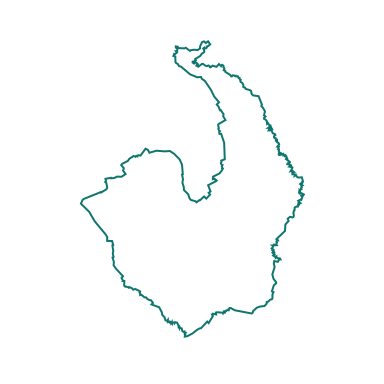 Wang Sai Phun, Phichit, Thailand (orthographic projection), rotated 61°
{"feature_id": "78962969B2905707745355", "entity_name": "Wang Sai Phun", "entity_type": "district", "adm_level": 2, "iso_a3": "THA", "parent_name": "Thailand", "parent_adm1": "Phichit", "projection": "orthographic", "projection_center": [100.528, 16.38], "detail": "fine", "context": "isolated", "style": "outline", "palette": "teal", "viewbox_px": 384, "rotation_deg": 61, "n_neighbors": 0, "source": "geoboundaries", "source_scale": "gbopen_adm2", "svg_char_len": 5966}
<svg xmlns="http://www.w3.org/2000/svg" viewBox="0 0 384 384"><g transform="rotate(61 192 192)"><path d="M148.3,294.8L159.6,291.5L170.3,291.3L187.4,288.1L190.4,288.0L193.6,289.9L196.1,285.7L200.2,286.6L200.1,287.5L205.5,289.5L207.5,291.2L210.8,292.1L210.8,293.3L215.2,294.2L218.1,296.1L222.1,295.7L232.3,293.2L233.0,295.3L235.9,295.3L236.2,295.7L237.0,294.3L241.0,296.7L242.5,296.3L242.6,295.6L244.5,294.0L244.5,293.4L245.2,293.5L245.4,292.4L247.1,291.2L248.9,290.8L249.3,288.7L251.7,286.9L253.8,285.6L254.6,286.7L255.2,286.4L257.0,287.3L257.2,286.2L261.1,284.6L262.1,283.1L263.6,283.0L265.9,281.6L266.9,280.3L270.1,279.9L270.7,281.9L276.9,276.6L282.4,276.7L285.0,277.6L288.2,276.7L291.4,277.4L292.6,276.2L292.1,275.1L294.1,276.2L294.4,274.5L294.9,274.7L295.1,274.2L295.3,274.8L295.7,274.6L295.7,273.5L296.0,274.1L296.6,273.8L296.3,273.2L296.9,273.6L296.8,273.1L297.7,273.1L296.9,272.2L297.6,270.7L297.0,269.9L298.1,270.4L297.8,269.7L299.1,268.4L301.9,268.5L303.9,269.3L304.1,268.8L305.1,269.0L304.5,268.3L305.3,268.4L306.3,267.1L308.8,267.9L310.1,267.3L310.3,266.3L311.0,266.7L311.8,265.9L312.1,266.9L312.9,267.3L313.2,266.8L315.0,268.4L315.8,266.1L316.0,260.3L315.0,254.4L315.0,251.5L315.5,250.1L312.7,241.5L314.7,241.0L310.6,233.8L308.8,233.9L308.5,232.7L310.8,230.3L309.0,229.5L309.3,228.4L312.3,223.9L313.2,223.8L312.4,222.7L313.4,222.1L313.4,221.6L312.0,221.5L312.7,219.9L312.2,219.5L312.4,218.4L313.0,217.7L312.5,217.2L313.0,216.9L311.7,215.5L312.3,214.3L316.1,212.0L327.2,198.7L326.9,197.2L325.8,196.4L324.6,191.3L325.2,187.9L326.9,183.9L325.8,180.8L324.5,180.1L324.8,178.4L324.1,175.8L324.5,174.1L324.0,173.2L320.5,171.2L319.1,169.3L317.7,170.3L313.3,165.7L312.6,162.6L311.5,162.2L307.5,162.8L303.0,161.7L297.7,156.1L294.3,155.2L292.3,153.6L294.7,150.7L293.2,148.4L293.8,147.3L292.5,147.4L292.1,148.7L290.3,149.5L290.3,150.5L289.1,149.5L288.8,150.9L286.9,151.8L286.7,150.2L284.9,150.8L285.4,149.6L285.0,149.3L284.5,149.3L284.4,150.6L283.8,150.6L282.5,148.7L282.6,148.0L281.6,149.9L280.6,149.1L280.0,149.6L279.2,147.8L278.4,147.2L277.8,147.5L278.2,146.6L277.8,145.7L278.8,145.4L279.6,143.6L278.5,143.7L277.4,142.2L276.5,142.3L275.7,141.4L276.1,140.3L274.9,140.3L274.8,141.1L274.2,141.1L271.1,129.5L265.6,126.0L264.2,121.6L261.8,121.3L261.2,118.3L263.1,116.2L262.9,115.1L261.6,114.1L259.4,113.5L257.6,111.7L257.7,111.2L255.4,109.7L255.4,107.4L256.1,106.5L255.2,105.6L255.1,104.5L254.2,104.3L254.0,104.9L252.9,104.0L254.2,103.1L254.3,102.5L251.2,103.3L251.3,100.3L251.8,100.1L250.0,98.0L248.1,98.2L249.0,96.6L248.4,95.4L246.1,96.8L245.3,98.7L244.8,98.8L242.8,97.4L244.0,97.3L242.4,96.1L242.6,94.9L241.5,94.8L241.2,93.7L239.7,93.5L239.8,92.2L237.4,93.5L237.2,92.7L237.8,91.4L236.7,90.9L236.8,89.9L232.4,88.8L231.2,91.5L230.1,92.7L227.8,92.9L227.7,94.2L226.8,93.0L225.2,95.6L223.7,94.9L224.1,93.1L222.0,93.9L221.6,95.7L219.5,92.4L219.0,92.3L217.1,94.5L217.0,93.7L217.7,93.0L216.6,92.4L213.8,95.1L213.3,94.4L214.3,93.2L213.1,92.6L213.4,92.0L212.9,91.8L210.4,93.2L209.4,93.0L209.4,91.8L208.6,93.6L207.6,92.4L206.4,92.2L205.9,93.3L204.9,92.6L204.3,94.4L202.9,93.7L202.5,95.9L201.4,95.2L200.6,95.8L202.0,97.0L202.0,97.8L201.3,98.0L199.4,96.3L198.8,96.6L197.4,95.6L196.4,95.9L196.4,95.2L195.3,95.1L194.5,94.1L193.7,95.3L192.6,92.7L191.1,92.5L189.8,93.5L187.7,92.4L187.6,93.7L185.5,92.7L184.8,93.7L183.6,93.6L183.0,93.3L182.6,91.4L182.0,91.2L179.7,92.9L176.6,92.5L175.3,95.2L174.1,93.7L175.7,91.5L174.1,91.5L172.8,94.2L172.4,92.0L173.1,91.4L171.8,91.1L170.9,92.0L168.7,92.1L168.8,93.3L166.5,92.2L164.2,92.6L162.9,93.5L162.1,93.1L161.6,91.1L159.8,91.8L156.9,89.1L152.9,89.1L150.4,89.7L149.5,88.5L140.5,87.3L137.1,91.8L135.1,92.3L132.3,91.3L130.8,92.1L128.0,95.0L126.5,95.0L125.2,96.2L122.9,95.1L121.0,95.2L119.4,96.0L118.3,96.0L117.6,95.0L116.5,95.6L115.2,95.1L114.7,96.0L113.0,95.8L112.3,97.4L111.5,97.4L111.4,98.2L110.2,98.9L109.7,99.9L110.2,101.1L109.8,101.7L108.1,101.8L103.1,104.6L102.1,104.2L100.9,105.2L99.5,103.7L98.3,104.1L97.2,103.3L96.2,103.5L95.3,104.2L96.1,105.6L93.2,106.4L94.4,109.9L91.5,112.7L91.9,115.3L91.5,115.9L90.4,115.6L89.2,116.4L89.2,117.9L87.9,119.1L85.6,120.1L84.8,121.1L85.5,125.7L84.6,126.3L83.6,125.3L83.3,126.5L82.2,125.2L81.1,125.5L80.4,126.1L80.7,127.9L79.0,128.7L78.3,128.2L79.3,126.9L78.5,126.0L78.7,124.9L77.3,124.8L77.0,118.8L75.8,116.5L75.6,113.6L74.6,112.8L71.9,112.6L71.7,111.2L72.6,111.2L73.1,110.2L72.9,109.1L71.9,108.6L72.2,107.0L71.7,104.5L68.0,104.9L68.4,107.7L66.1,108.5L65.8,110.5L68.4,114.2L70.3,115.4L70.6,118.2L68.5,121.3L67.4,124.3L67.6,125.4L62.8,127.5L62.7,129.0L59.7,133.9L57.9,134.1L56.8,135.6L57.8,136.1L59.8,135.5L61.5,136.6L61.0,137.8L62.7,137.5L63.2,140.3L62.6,140.6L64.0,142.3L65.4,140.9L70.2,143.4L71.5,143.4L73.2,142.3L75.5,142.3L77.2,140.8L88.2,136.6L94.3,131.7L95.7,128.4L97.8,128.5L101.0,126.9L112.0,125.9L119.2,126.3L126.6,124.9L127.5,127.9L130.1,127.4L134.0,127.9L134.1,127.2L139.3,126.7L140.9,128.0L145.3,127.9L145.5,135.9L146.0,136.7L149.2,137.6L149.5,138.3L151.5,138.6L152.3,138.1L152.8,139.2L154.5,139.8L155.2,138.3L164.5,140.0L179.3,147.5L178.7,151.2L179.7,151.4L180.7,152.8L182.3,152.9L183.1,152.2L184.2,153.6L185.3,153.6L185.9,154.3L186.6,153.8L187.6,155.3L189.1,159.0L188.8,166.2L190.9,167.5L191.3,166.0L193.5,165.0L193.4,165.8L194.2,165.8L193.9,174.6L200.5,175.5L200.8,177.8L203.0,177.4L204.7,182.7L201.8,183.6L203.1,189.1L202.7,189.3L203.2,193.1L202.1,193.2L198.3,196.9L195.9,197.2L192.1,196.4L186.4,198.1L183.7,196.8L179.2,195.9L176.5,193.7L172.0,192.3L172.1,191.5L163.3,187.5L157.4,187.0L150.0,189.1L145.5,191.4L143.1,196.4L138.7,203.0L137.0,210.2L133.9,210.1L131.6,211.6L135.2,219.4L133.9,220.9L133.8,221.9L134.4,222.5L133.4,223.3L133.8,224.3L132.2,225.7L132.6,231.0L133.7,232.9L133.5,239.5L134.2,240.9L138.1,240.1L139.9,241.9L144.1,241.4L144.5,246.3L142.2,250.1L142.1,253.2L140.8,256.1L140.3,256.0L138.5,261.3L140.7,261.9L141.1,263.0L142.3,262.5L146.9,263.9L148.1,265.4L148.4,271.6L147.9,271.6L145.6,290.0L145.9,291.5L148.3,294.8Z" fill="none" stroke="#0f766e" stroke-width="2"/></g></svg>